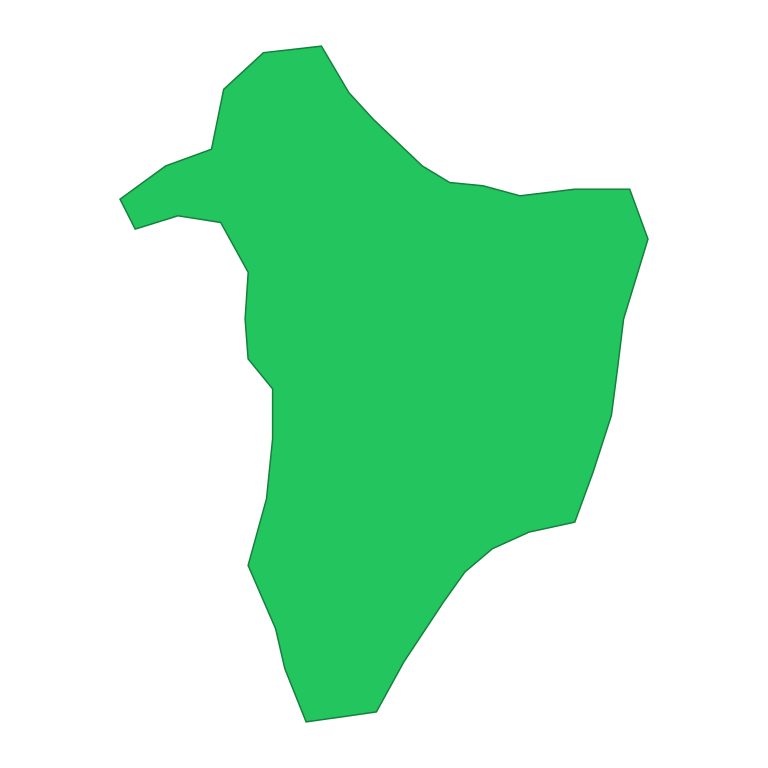 outline of Klirou, Nicosia, Cyprus
{"feature_id": "46923920B55215381984426", "entity_name": "Klirou", "entity_type": "district", "adm_level": 2, "iso_a3": "CYP", "parent_name": "Cyprus", "parent_adm1": "Nicosia", "projection": "equal_earth", "projection_center": [33.181, 35.009], "detail": "fine", "context": "isolated", "style": "filled", "palette": "green", "viewbox_px": 768, "rotation_deg": 0, "n_neighbors": 0, "source": "geoboundaries", "source_scale": "gbopen_adm2", "svg_char_len": 620}
<svg xmlns="http://www.w3.org/2000/svg" viewBox="0 0 768 768"><path d="M629.7,189.2L574.8,189.2L519.8,195.8L483.2,185.8L449.6,182.5L422.2,165.9L373.3,119.3L348.9,92.7L321.4,46.1L263.4,52.7L223.7,89.3L211.5,149.2L165.7,165.9L120.0,199.2L135.2,229.1L177.9,215.8L220.7,222.5L248.2,272.4L245.1,319.0L248.1,358.9L272.6,388.9L272.6,438.8L266.5,498.8L248.1,565.4L275.6,628.7L284.8,668.6L306.1,721.9L321.0,719.8L376.4,711.9L403.8,662.0L443.5,602.0L464.9,572.0L492.4,548.7L529.0,532.1L574.8,522.1L593.1,472.1L611.4,415.5L617.5,368.9L623.6,319.0L648.0,239.1L629.7,189.2Z" fill="#22c55e" stroke="#15803d" stroke-width="1.5"/></svg>